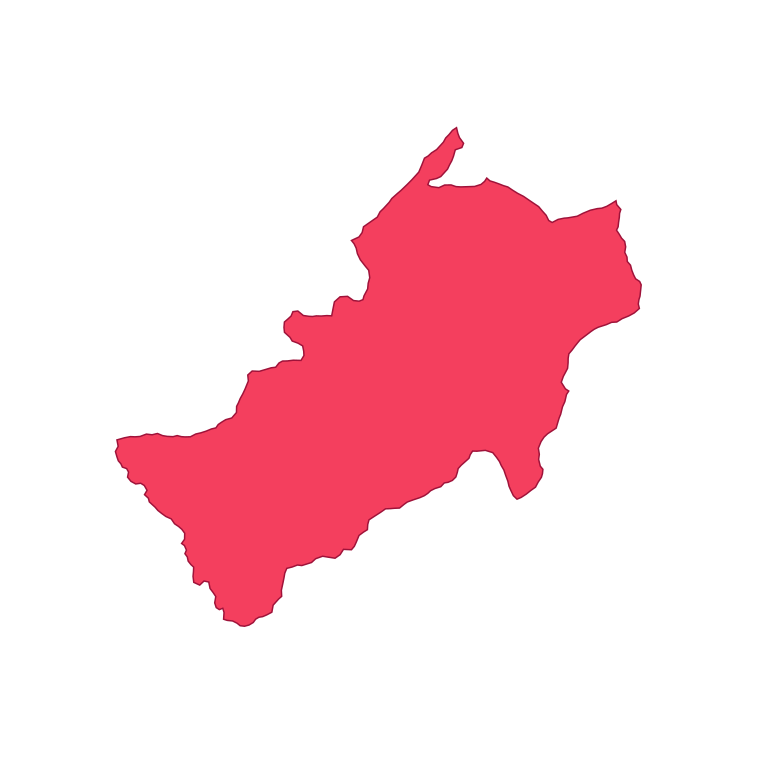 Pompéia, São Paulo, Brazil, rotated 36°
{"feature_id": "56859067B65956509241902", "entity_name": "Pompéia", "entity_type": "district", "adm_level": 2, "iso_a3": "BRA", "parent_name": "Brazil", "parent_adm1": "São Paulo", "projection": "mercator", "projection_center": [-50.194, -22.033], "detail": "fine", "context": "isolated", "style": "filled", "palette": "rose", "viewbox_px": 768, "rotation_deg": 36, "n_neighbors": 0, "source": "geoboundaries", "source_scale": "gbopen_adm2", "svg_char_len": 4416}
<svg xmlns="http://www.w3.org/2000/svg" viewBox="0 0 768 768"><g transform="rotate(36 384 384)"><path d="M464.0,99.4L462.1,104.1L459.8,109.3L456.9,113.7L453.5,116.7L448.8,122.1L444.7,128.8L441.7,134.7L435.0,141.6L432.2,144.0L428.1,148.5L425.1,154.5L421.1,154.9L416.0,152.2L410.4,151.0L404.9,149.6L399.9,149.8L394.1,150.0L386.6,150.2L380.0,151.2L374.4,151.6L368.4,151.8L364.1,153.3L359.5,154.5L354.7,155.9L350.3,157.4L346.1,157.0L346.3,160.9L345.2,165.5L341.2,170.9L334.8,175.9L330.3,179.4L326.2,182.0L321.3,183.5L316.1,187.4L313.0,192.9L306.1,196.6L302.3,197.0L301.0,192.3L305.7,186.9L308.0,182.8L309.1,172.8L308.2,168.1L307.6,163.5L306.3,158.8L304.0,152.6L308.0,146.9L306.9,142.5L300.2,140.3L296.4,137.8L292.0,134.0L290.3,138.5L290.0,144.0L289.3,148.7L289.9,153.4L289.4,157.9L288.8,163.4L286.6,169.0L285.7,173.6L284.0,177.5L285.9,184.7L287.6,192.1L286.5,202.4L285.5,208.9L284.0,217.3L282.8,222.3L281.3,229.3L281.4,234.0L280.4,242.6L279.6,247.0L280.5,252.9L275.0,268.8L277.3,274.3L277.3,279.8L273.3,287.0L277.3,288.1L281.6,290.4L285.9,294.2L291.8,297.4L299.4,299.6L304.8,301.0L310.0,306.4L312.0,311.8L314.9,316.7L316.0,324.4L317.4,328.1L315.2,331.6L310.3,334.4L303.0,334.5L297.2,339.3L295.6,346.7L298.5,353.0L301.6,359.6L297.5,362.3L293.3,365.9L289.2,368.7L286.5,371.4L283.4,373.4L278.5,376.0L271.4,375.6L267.8,379.0L268.9,383.7L268.0,388.1L267.0,392.4L269.8,397.0L273.1,400.7L280.5,401.5L284.5,403.2L290.5,401.5L295.8,401.0L299.8,404.7L302.5,408.0L303.0,413.7L296.6,418.1L292.2,422.2L288.4,425.1L286.7,428.7L286.5,434.1L283.2,437.2L279.4,442.2L275.6,447.1L269.7,451.0L268.5,456.8L272.5,461.3L274.6,469.9L275.6,475.1L276.2,480.2L277.3,484.8L277.9,488.7L281.4,493.8L280.8,501.0L276.9,505.9L275.0,510.5L273.7,514.2L273.8,518.3L270.8,521.8L267.8,526.7L264.5,531.2L261.1,535.1L258.4,540.5L254.1,543.8L251.0,545.7L247.0,547.3L244.3,550.6L239.4,553.8L235.2,555.9L229.8,557.2L226.2,561.4L221.2,564.2L217.5,569.8L213.6,573.1L209.8,575.6L205.6,580.1L200.8,586.2L205.6,590.7L206.4,596.5L210.9,600.0L214.2,602.3L218.0,603.2L221.2,605.0L225.5,603.7L229.1,605.4L231.3,610.1L236.5,611.5L241.9,610.8L245.5,607.3L249.7,607.0L254.8,609.3L255.3,614.3L260.5,614.9L263.4,617.3L267.6,617.8L271.2,618.2L275.4,619.2L280.2,619.4L285.4,619.4L291.2,618.2L296.7,620.2L301.6,620.0L305.9,620.4L310.5,621.9L313.9,626.8L314.0,632.0L317.5,632.0L321.8,634.5L322.7,638.3L326.5,639.5L329.7,642.4L334.0,643.6L337.6,644.0L339.9,647.4L342.6,651.9L346.7,656.3L353.1,655.0L354.2,649.2L358.6,647.2L363.5,651.7L367.9,653.0L372.8,654.8L375.7,660.6L379.7,663.5L383.4,663.3L385.4,660.2L388.9,662.9L392.5,668.6L396.1,667.4L400.8,664.7L405.7,663.9L409.7,664.1L413.6,661.9L416.5,658.3L418.4,653.8L418.4,649.7L419.9,646.2L422.6,643.5L424.8,639.8L427.4,634.5L424.3,628.1L425.1,620.2L426.0,615.9L422.2,611.2L419.2,604.4L417.1,599.8L414.9,595.3L413.7,590.3L417.3,586.0L420.4,581.3L424.2,579.2L427.7,574.5L430.3,571.0L431.4,565.5L435.6,559.4L440.4,557.0L446.8,553.7L448.8,547.9L448.4,541.6L455.1,537.2L455.4,532.7L454.5,528.2L452.8,521.2L454.5,515.8L456.2,511.6L453.4,507.2L451.7,502.7L453.9,496.9L456.7,489.7L458.6,484.1L462.5,481.0L465.5,478.4L469.5,475.2L471.0,469.5L472.2,465.8L475.7,460.6L479.8,454.9L482.3,450.6L483.7,446.7L484.4,443.0L486.6,438.7L490.3,433.7L490.9,428.6L493.6,425.9L496.0,421.8L496.8,417.0L495.3,412.5L493.7,408.8L494.2,404.3L495.6,397.9L496.4,394.2L495.3,390.5L495.1,386.2L498.7,383.7L505.0,378.1L512.3,375.6L518.2,377.2L523.1,378.9L526.7,381.0L531.5,383.1L536.3,386.5L541.3,389.8L545.2,393.2L549.3,395.6L554.3,398.3L559.3,399.0L561.6,395.2L563.8,389.5L565.4,383.7L567.2,378.4L566.4,372.8L566.2,367.0L564.9,363.4L562.7,359.6L558.7,358.6L553.4,354.1L551.0,349.6L546.6,345.2L544.9,338.3L544.7,332.9L545.6,328.1L549.2,318.5L546.8,311.8L545.6,308.3L544.7,304.6L541.8,297.5L540.7,292.0L537.8,285.2L537.6,281.1L533.6,281.3L526.4,278.4L524.6,272.4L524.0,268.0L523.3,263.4L520.5,258.7L517.9,255.0L515.8,250.9L516.2,245.9L516.2,241.6L516.4,237.1L516.7,232.8L519.0,225.2L520.6,219.8L521.9,216.1L523.9,212.2L528.9,205.4L531.9,200.3L535.9,197.0L538.2,191.2L542.0,185.1L544.7,179.4L546.2,172.8L542.7,169.8L540.7,166.0L539.5,162.5L536.4,157.1L533.8,152.6L530.6,150.8L525.7,151.0L521.8,149.0L517.6,146.3L513.6,143.0L508.8,141.9L506.0,138.5L501.4,136.0L498.9,131.0L494.9,127.2L490.5,126.4L486.1,124.5L481.7,122.9L481.0,119.2L478.8,115.4L476.4,110.8L474.3,107.5L473.0,103.6L466.8,102.1L464.0,99.4Z" fill="#f43f5e" stroke="#9f1239" stroke-width="1.5"/></g></svg>